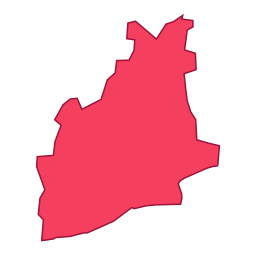 outline of Uzbekistan, Ferghana, Uzbekistan
{"feature_id": "79887680B27601964839948", "entity_name": "Uzbekistan", "entity_type": "district", "adm_level": 2, "iso_a3": "UZB", "parent_name": "Uzbekistan", "parent_adm1": "Ferghana", "projection": "orthographic", "projection_center": [70.87, 40.347], "detail": "fine", "context": "isolated", "style": "filled", "palette": "rose", "viewbox_px": 256, "rotation_deg": 0, "n_neighbors": 0, "source": "geoboundaries", "source_scale": "gbopen_adm2", "svg_char_len": 866}
<svg xmlns="http://www.w3.org/2000/svg" viewBox="0 0 256 256"><path d="M219.4,145.8L208.3,143.1L196.8,139.8L195.7,119.7L190.7,111.8L187.2,100.9L185.6,88.2L184.1,73.7L196.1,69.6L195.4,53.3L184.6,49.9L187.2,30.1L193.0,26.8L192.8,20.5L181.8,19.1L182.7,15.4L173.6,21.6L166.1,24.1L156.4,39.1L135.5,21.2L127.9,23.1L126.8,38.7L134.8,39.9L134.0,50.5L129.0,60.2L116.7,60.5L115.2,72.9L107.4,79.8L101.1,99.4L81.9,109.3L77.1,98.3L70.3,99.0L63.1,104.7L54.7,119.8L61.1,125.2L55.0,141.7L53.4,155.4L37.3,156.7L36.6,166.6L44.9,189.8L40.0,198.2L38.3,214.4L43.4,219.8L41.7,240.6L42.1,240.6L53.6,238.9L55.4,237.6L70.4,236.4L83.5,232.9L87.2,232.9L113.5,221.2L131.6,207.7L134.4,208.6L146.1,205.8L155.2,204.9L180.6,204.2L181.9,198.0L181.6,193.8L178.3,183.9L179.8,181.1L184.6,178.0L206.6,168.3L212.2,166.6L217.7,165.8L219.4,145.8Z" fill="#f43f5e" stroke="#9f1239" stroke-width="1.5"/></svg>